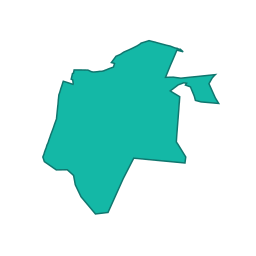 Soledad Etla, Oaxaca, Mexico (Equal Earth projection), rotated 290°
{"feature_id": "50627088B55469637772228", "entity_name": "Soledad Etla", "entity_type": "district", "adm_level": 2, "iso_a3": "MEX", "parent_name": "Mexico", "parent_adm1": "Oaxaca", "projection": "equal_earth", "projection_center": [-96.818, 17.158], "detail": "fine", "context": "isolated", "style": "filled", "palette": "teal", "viewbox_px": 256, "rotation_deg": 290, "n_neighbors": 0, "source": "geoboundaries", "source_scale": "gbopen_adm2", "svg_char_len": 2210}
<svg xmlns="http://www.w3.org/2000/svg" viewBox="0 0 256 256"><g transform="rotate(290 128 128)"><path d="M131.4,178.2L133.1,177.7L137.5,176.4L159.1,170.4L163.1,169.3L165.1,168.7L168.9,167.6L169.2,167.6L173.4,166.4L175.1,165.9L176.5,158.7L177.3,155.0L185.8,160.5L189.6,165.0L190.1,167.8L188.0,167.3L188.0,172.6L180.7,179.3L177.0,181.9L177.5,187.7L182.1,204.8L186.2,199.7L197.3,188.9L203.8,190.0L206.8,191.2L208.0,191.8L205.1,185.8L199.9,175.1L196.4,167.8L192.9,160.7L191.2,152.9L190.8,152.1L190.6,151.5L189.3,148.1L188.4,145.9L201.8,146.4L208.0,146.8L217.9,147.3L218.5,153.8L218.7,153.2L219.7,150.7L219.8,150.5L219.9,150.3L219.6,150.0L219.5,149.5L219.6,149.0L219.4,148.6L219.5,148.1L219.6,147.6L219.7,147.1L219.6,146.6L219.5,146.2L219.4,145.3L219.3,144.9L219.3,144.3L219.4,139.6L218.9,135.7L218.6,132.1L218.5,131.2L218.3,128.8L218.1,126.5L218.0,125.5L218.0,124.5L217.7,121.9L217.3,117.9L213.7,113.2L212.2,111.2L211.2,110.7L209.7,109.6L208.2,108.4L206.4,106.7L204.3,104.7L202.8,103.2L201.3,101.7L200.1,100.4L197.9,98.1L194.5,95.6L191.3,92.2L183.8,90.0L183.9,91.2L184.0,91.8L184.0,92.1L184.0,93.3L180.3,93.5L178.2,91.0L177.0,89.6L176.3,88.8L176.0,88.5L175.5,88.0L174.3,86.5L173.9,86.2L173.7,86.0L173.2,85.3L173.0,85.0L172.5,84.3L172.3,83.9L172.1,83.5L171.7,82.4L171.6,82.1L170.5,80.1L169.9,78.8L169.7,78.5L169.1,77.1L168.9,76.7L168.7,76.1L168.6,75.5L168.5,75.1L168.5,74.7L168.4,73.9L168.5,73.1L168.6,72.0L168.7,70.9L168.6,70.2L166.6,64.4L164.1,57.5L160.9,58.0L160.2,57.2L156.4,57.7L154.4,57.9L154.3,59.6L152.0,60.8L151.3,61.2L150.7,61.4L150.2,61.4L150.0,55.1L149.8,51.2L148.9,51.2L144.3,51.4L143.2,51.4L142.1,51.4L139.7,51.6L137.6,51.7L135.5,51.7L131.1,52.8L130.9,52.8L129.6,53.2L126.0,54.2L124.5,54.5L123.8,54.7L116.3,56.6L113.9,57.2L113.4,57.3L113.2,57.4L112.2,57.7L110.4,57.7L106.3,57.7L103.1,57.8L99.8,57.8L94.7,57.7L93.6,57.8L91.4,57.8L89.7,57.8L87.9,57.9L86.1,57.9L84.5,57.7L82.5,57.8L81.1,57.9L79.7,57.8L78.3,57.8L77.1,57.8L75.6,57.9L74.4,58.0L73.2,57.9L71.6,57.9L67.8,60.9L64.1,74.9L68.0,85.2L64.8,93.1L56.6,97.9L47.3,107.4L36.1,126.8L36.3,127.2L41.8,138.1L78.7,140.8L101.6,143.7L113.7,190.0L114.6,193.5L120.5,192.2L129.6,180.7L131.4,178.2Z" fill="#14b8a6" stroke="#0f766e" stroke-width="1.5"/></g></svg>